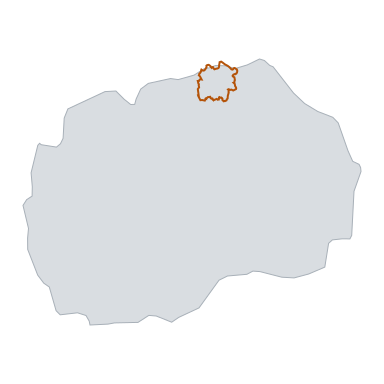 location of Staro Nagorichane, Staro Nagoričane, North Macedonia
{"feature_id": "65306769B92481103020830", "entity_name": "Staro Nagorichane", "entity_type": "district", "adm_level": 2, "iso_a3": "MKD", "parent_name": "North Macedonia", "parent_adm1": "Staro Nagoričane", "projection": "orthographic", "projection_center": [21.915, 42.232], "detail": "fine", "context": "in_parent", "style": "outline", "palette": "amber", "viewbox_px": 384, "rotation_deg": 0, "n_neighbors": 0, "source": "geoboundaries", "source_scale": "gbopen_adm2", "svg_char_len": 3071}
<svg xmlns="http://www.w3.org/2000/svg" viewBox="0 0 384 384"><path d="M171.0,78.6L178.2,79.6L194.1,75.1L204.0,68.8L209.0,67.9L215.6,65.5L225.2,65.8L235.0,68.6L247.3,64.9L259.5,59.0L264.4,60.5L269.7,65.4L273.1,66.8L293.5,93.0L304.6,103.5L317.8,111.5L332.8,117.3L338.2,122.9L348.0,150.8L352.7,161.3L359.1,164.4L360.6,167.5L361.0,171.5L354.0,191.3L351.7,235.4L349.9,238.9L342.4,238.8L332.4,239.9L328.6,243.3L324.8,267.1L308.7,274.0L294.1,277.9L281.8,277.2L260.0,271.6L252.9,271.1L246.9,274.3L227.5,276.0L219.0,280.2L199.0,307.9L178.7,317.4L171.7,322.2L156.2,316.0L148.8,315.4L138.0,322.4L114.5,322.9L108.1,324.1L90.0,325.0L89.2,321.1L86.0,315.5L77.5,312.8L60.2,314.8L56.1,310.7L49.3,287.0L43.8,283.2L37.7,275.1L27.7,249.4L27.6,238.2L28.5,228.4L23.0,205.4L26.7,199.6L32.1,196.1L32.3,186.8L31.1,172.8L37.8,145.3L39.6,143.3L41.2,144.7L56.5,147.1L60.5,143.7L63.1,138.3L64.2,118.1L67.9,108.9L105.0,91.6L115.9,91.0L124.1,99.2L130.7,104.5L134.7,104.4L136.1,99.1L140.7,89.1L148.3,83.4L170.7,78.5L171.0,78.6Z" fill="#d9dde1" stroke="#a8b0b8" stroke-width="1"/><path d="M233.2,90.5L236.0,89.1L236.2,88.3L236.0,87.4L235.2,86.3L234.7,83.8L233.5,82.7L234.4,82.3L234.6,80.5L234.9,80.1L234.4,77.3L233.1,76.6L232.6,75.9L233.4,74.6L234.7,74.1L235.0,74.3L235.7,73.7L236.3,73.7L237.0,72.5L237.3,70.9L236.8,69.4L236.5,69.4L235.8,68.7L234.7,68.0L234.1,68.1L233.9,68.2L233.6,68.3L233.4,68.6L233.3,68.9L233.2,69.1L232.8,69.5L232.5,69.6L231.6,69.4L231.4,69.3L231.0,68.9L230.8,68.6L230.1,67.9L229.2,67.0L228.3,66.3L227.8,65.9L226.7,65.3L226.1,65.0L225.3,64.6L224.7,64.2L224.4,63.9L224.0,63.7L223.8,63.5L223.5,63.3L222.8,62.7L222.0,62.2L221.4,61.7L221.0,61.7L220.5,61.8L219.6,62.2L219.6,62.4L219.5,63.3L219.2,64.7L219.1,66.0L219.0,66.9L218.8,67.6L218.7,67.7L218.4,68.1L218.2,68.2L217.9,68.3L217.7,68.4L217.1,68.6L216.7,68.6L215.7,68.9L215.0,69.1L214.4,69.3L213.9,68.8L213.6,68.4L213.4,68.1L213.3,67.7L213.1,67.2L212.9,67.0L212.3,67.2L211.8,67.5L211.6,67.8L211.2,67.4L210.8,66.8L210.7,66.5L210.6,66.3L209.7,65.5L209.2,65.2L208.8,64.9L208.7,64.9L208.3,64.9L208.1,64.9L207.6,65.0L207.0,65.2L206.5,65.6L206.5,65.8L206.4,65.9L206.5,66.6L206.6,67.0L206.4,67.6L205.8,68.2L205.4,69.1L205.2,69.5L204.0,70.5L203.9,70.5L203.5,70.6L202.6,70.5L202.3,70.4L202.2,70.3L202.2,70.2L201.4,69.6L201.2,70.1L201.1,71.0L200.8,71.9L200.2,72.9L200.1,73.0L199.2,73.9L199.2,74.9L198.9,75.3L200.0,76.4L201.6,79.5L200.2,79.3L199.3,80.1L198.9,81.0L197.8,81.0L198.4,83.6L198.9,84.2L198.7,85.3L199.1,87.3L197.8,89.1L198.6,94.8L198.0,95.1L198.4,96.3L198.8,96.3L199.0,97.5L200.4,100.2L202.1,100.0L204.8,100.6L205.5,99.1L205.9,99.1L205.6,98.5L206.0,98.2L207.2,97.9L207.7,97.2L210.2,96.8L210.7,98.3L212.0,98.4L211.9,98.8L213.4,100.2L213.6,99.8L213.9,100.1L216.7,98.9L217.8,99.7L218.3,99.2L218.8,99.4L219.1,98.5L219.0,97.4L219.5,97.1L219.8,97.4L220.7,97.7L221.2,97.5L221.9,98.0L221.8,98.4L222.5,98.9L222.5,100.2L223.8,101.3L224.4,100.9L225.0,101.1L226.5,100.4L226.8,99.3L227.6,98.6L227.8,95.8L228.7,92.6L228.5,92.0L228.8,90.5L228.0,89.5L228.6,89.2L230.4,89.9L231.4,89.6L233.2,90.5Z" fill="none" stroke="#b45309" stroke-width="2"/></svg>